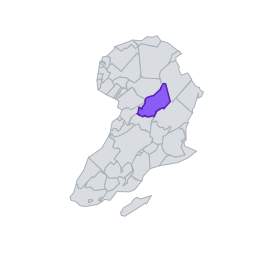 Africa, with Chad highlighted, rotated 42°
{"feature_id": "TCD", "entity_name": "Chad", "entity_type": "country or territory", "adm_level": 0, "iso_a3": "TCD", "parent_name": "Africa", "parent_adm1": "", "projection": "equal_earth", "projection_center": [18.978, 15.46], "detail": "fine", "context": "in_parent", "style": "filled", "palette": "violet", "viewbox_px": 256, "rotation_deg": 42, "n_neighbors": 49, "source": "natural_earth", "source_scale": "50m", "svg_char_len": 12622}
<svg xmlns="http://www.w3.org/2000/svg" viewBox="0 0 256 256"><g transform="rotate(42 128 128)"><path d="M161.4,133.5L171.7,143.3L171.5,153.3L173.6,158.1L172.0,159.7L162.4,161.3L160.9,155.8L155.1,153.0L152.9,148.2L152.4,142.9L155.2,139.9L154.5,134.0L161.4,133.5Z" fill="#d9dde1" stroke="#a8b0b8" stroke-width="1"/><path d="M80.9,60.2L80.6,63.9L74.5,63.8L74.0,70.2L72.2,70.5L71.7,75.4L63.8,76.3L72.8,59.5L80.9,60.2Z" fill="#d9dde1" stroke="#a8b0b8" stroke-width="1"/><path d="M152.4,142.9L155.1,153.0L151.1,153.5L150.4,162.0L152.8,163.0L152.9,165.8L148.0,161.5L138.3,160.2L137.5,150.2L134.3,149.3L132.2,152.0L129.2,152.3L127.0,146.5L118.9,146.3L121.6,142.9L123.6,144.1L126.3,140.3L129.5,132.1L131.3,119.9L133.1,117.7L138.8,120.4L145.2,117.1L148.6,117.2L150.6,119.7L153.1,118.9L156.0,125.2L153.5,129.4L152.4,142.9Z" fill="#d9dde1" stroke="#a8b0b8" stroke-width="1"/><path d="M176.4,135.4L175.2,123.7L177.4,119.8L182.9,117.8L188.3,109.9L180.2,106.8L177.9,103.2L179.0,100.9L182.0,103.5L194.4,99.4L192.7,109.7L188.4,119.9L176.4,135.4Z" fill="#d9dde1" stroke="#a8b0b8" stroke-width="1"/><path d="M171.7,143.3L161.4,133.5L163.6,126.0L161.5,119.8L164.0,116.5L169.6,121.5L176.9,120.7L175.2,123.7L176.4,135.4L171.7,143.3Z" fill="#d9dde1" stroke="#a8b0b8" stroke-width="1"/><path d="M143.0,109.3L141.5,108.2L140.9,107.4L141.0,104.5L137.9,97.9L139.9,89.9L141.6,90.1L141.4,78.8L143.6,78.8L143.5,73.7L166.0,73.7L167.5,82.3L169.3,83.9L166.4,86.6L165.6,95.4L161.8,103.0L161.4,108.1L158.8,98.8L156.2,105.2L153.6,103.9L151.6,106.3L147.3,106.1L144.0,104.0L141.7,108.3L143.0,109.3Z" fill="#d9dde1" stroke="#a8b0b8" stroke-width="1"/><path d="M127.3,204.7L128.2,203.5L131.2,205.9L133.8,204.5L133.9,195.3L135.7,200.4L137.0,200.2L140.2,196.5L144.6,197.1L151.9,188.5L155.2,188.9L156.4,194.3L156.1,198.0L154.6,197.7L153.9,200.2L154.9,201.5L157.9,200.2L156.5,205.2L148.8,214.9L144.4,217.8L138.6,217.6L134.1,219.8L131.1,218.2L130.8,212.3L127.3,204.7ZM150.5,205.7L148.9,205.4L146.8,207.9L148.8,209.6L150.5,205.7Z" fill="#d9dde1" stroke="#a8b0b8" stroke-width="1"/><path d="M150.5,205.7L148.8,209.6L146.8,207.9L148.9,205.4L150.5,205.7Z" fill="#d9dde1" stroke="#a8b0b8" stroke-width="1"/><path d="M155.2,188.9L149.3,187.0L144.2,177.4L147.6,177.9L153.9,171.7L158.8,174.8L158.1,184.0L155.2,188.9Z" fill="#d9dde1" stroke="#a8b0b8" stroke-width="1"/><path d="M151.9,188.5L144.6,197.1L140.2,196.5L137.0,200.2L135.7,200.4L133.9,195.3L133.9,187.9L135.7,187.8L135.8,178.7L144.2,177.4L149.3,187.0L151.9,188.5Z" fill="#d9dde1" stroke="#a8b0b8" stroke-width="1"/><path d="M133.9,187.9L133.8,204.5L131.2,205.9L128.2,203.5L127.3,204.7L125.2,201.1L123.2,188.6L118.3,176.3L143.8,177.0L135.8,178.7L135.7,187.8L133.9,187.9Z" fill="#d9dde1" stroke="#a8b0b8" stroke-width="1"/><path d="M63.2,95.3L61.6,92.4L64.8,87.9L67.7,87.5L72.1,92.7L73.1,98.3L63.1,98.5L62.9,96.5L68.7,95.5L63.2,95.3Z" fill="#d9dde1" stroke="#a8b0b8" stroke-width="1"/><path d="M73.1,98.3L72.1,92.7L73.2,90.7L85.0,90.4L84.6,66.3L87.4,66.2L102.0,79.6L102.0,81.2L104.1,81.0L102.6,90.2L93.5,91.7L87.7,95.6L84.8,103.7L79.7,104.1L77.7,98.7L75.7,99.9L73.1,98.3Z" fill="#d9dde1" stroke="#a8b0b8" stroke-width="1"/><path d="M63.8,76.3L71.7,75.4L72.2,70.5L74.0,70.2L74.5,63.8L80.6,63.9L80.9,60.2L87.4,66.2L84.6,66.3L85.0,90.4L73.2,90.7L72.1,92.7L67.7,87.5L64.0,88.7L65.1,78.6L63.8,76.3Z" fill="#d9dde1" stroke="#a8b0b8" stroke-width="1"/><path d="M100.3,114.5L98.7,114.8L98.4,107.0L96.8,103.5L100.9,98.8L102.7,102.8L100.5,108.6L100.3,114.5Z" fill="#d9dde1" stroke="#a8b0b8" stroke-width="1"/><path d="M124.4,71.5L126.3,77.8L125.0,87.5L121.7,93.3L123.7,96.0L122.9,98.2L120.8,95.3L112.9,97.3L106.0,94.6L103.4,95.5L102.3,100.4L97.4,97.2L96.3,91.8L102.6,90.2L104.1,81.0L119.0,70.0L123.0,72.5L124.4,71.5Z" fill="#d9dde1" stroke="#a8b0b8" stroke-width="1"/><path d="M100.3,114.5L103.9,94.9L112.9,97.3L120.8,95.3L123.6,99.2L118.0,112.6L113.1,114.0L111.7,118.4L106.6,119.8L103.5,114.5L100.3,114.5Z" fill="#d9dde1" stroke="#a8b0b8" stroke-width="1"/><path d="M123.5,97.2L125.3,104.7L122.4,105.9L125.2,110.7L123.3,118.5L126.2,126.4L113.9,125.0L111.6,119.1L112.2,116.6L114.9,112.5L118.0,112.6L123.5,97.2Z" fill="#d9dde1" stroke="#a8b0b8" stroke-width="1"/><path d="M97.0,102.1L98.7,114.8L97.1,115.4L95.2,102.8L97.0,102.1Z" fill="#d9dde1" stroke="#a8b0b8" stroke-width="1"/><path d="M95.4,102.0L97.1,115.4L89.5,117.8L89.6,102.2L95.4,102.0Z" fill="#d9dde1" stroke="#a8b0b8" stroke-width="1"/><path d="M79.7,104.1L83.2,103.3L89.7,105.6L89.5,117.8L79.9,119.5L80.3,116.0L78.3,114.0L79.7,104.1Z" fill="#d9dde1" stroke="#a8b0b8" stroke-width="1"/><path d="M68.9,97.9L75.7,99.9L77.7,98.7L79.7,104.1L79.0,110.8L77.2,111.7L76.2,108.5L74.7,109.0L73.6,104.6L69.4,107.6L65.9,102.0L68.9,97.9Z" fill="#d9dde1" stroke="#a8b0b8" stroke-width="1"/><path d="M63.1,98.5L68.9,97.9L68.7,100.0L65.9,102.0L63.1,98.5Z" fill="#d9dde1" stroke="#a8b0b8" stroke-width="1"/><path d="M78.7,110.8L78.3,114.0L80.3,116.0L79.9,119.5L72.8,113.1L75.2,108.9L77.2,111.7L78.7,110.8Z" fill="#d9dde1" stroke="#a8b0b8" stroke-width="1"/><path d="M69.4,107.6L73.6,104.6L75.2,108.9L72.8,113.1L69.4,107.6Z" fill="#d9dde1" stroke="#a8b0b8" stroke-width="1"/><path d="M84.8,103.7L87.2,96.3L93.5,91.7L96.3,91.8L97.4,97.2L99.6,97.8L97.0,102.1L89.6,102.2L89.7,105.6L84.8,103.7Z" fill="#d9dde1" stroke="#a8b0b8" stroke-width="1"/><path d="M148.6,117.2L142.8,117.5L138.8,120.4L133.1,117.7L131.1,121.8L128.5,121.2L126.3,125.0L123.3,116.6L124.9,111.4L130.2,110.2L139.7,101.7L140.9,107.4L148.6,117.2Z" fill="#d9dde1" stroke="#a8b0b8" stroke-width="1"/><path d="M131.1,121.8L129.5,132.1L126.3,140.3L123.6,144.1L119.7,142.7L118.3,144.3L116.7,141.5L118.2,140.0L117.5,138.3L119.6,136.1L122.4,137.5L123.2,134.5L122.1,130.9L122.9,127.8L121.0,127.5L120.6,125.0L126.2,126.4L128.5,121.2L131.1,121.8Z" fill="#d9dde1" stroke="#a8b0b8" stroke-width="1"/><path d="M117.1,125.0L120.3,124.9L121.0,127.5L122.9,127.8L122.1,130.9L123.2,134.5L122.4,137.5L119.6,136.1L117.5,138.3L118.2,140.0L116.7,141.5L112.2,133.9L113.6,128.3L117.1,128.2L117.1,125.0Z" fill="#d9dde1" stroke="#a8b0b8" stroke-width="1"/><path d="M113.9,125.0L117.1,125.0L117.1,128.2L113.6,128.3L113.9,125.0Z" fill="#d9dde1" stroke="#a8b0b8" stroke-width="1"/><path d="M155.1,153.0L159.9,156.5L158.6,167.0L159.6,167.7L153.7,169.8L153.9,171.7L147.6,177.9L140.3,176.9L137.7,173.1L137.9,164.9L141.9,164.9L141.7,159.7L148.0,161.5L152.9,165.8L152.8,163.0L150.4,162.0L150.6,155.1L151.7,153.1L155.1,153.0Z" fill="#d9dde1" stroke="#a8b0b8" stroke-width="1"/><path d="M159.0,155.3L161.9,157.7L162.3,166.7L164.4,169.3L162.9,175.0L162.0,169.3L158.6,167.0L160.3,158.7L159.0,155.3Z" fill="#d9dde1" stroke="#a8b0b8" stroke-width="1"/><path d="M162.4,161.3L168.0,161.4L173.6,158.1L174.2,169.5L171.4,174.8L162.2,182.7L163.1,193.7L158.4,196.7L157.9,200.2L156.5,200.2L155.2,188.9L158.1,184.0L158.8,174.8L154.0,172.6L153.7,169.8L159.6,167.7L162.0,169.3L162.9,175.0L164.4,169.3L162.3,166.7L162.4,161.3Z" fill="#d9dde1" stroke="#a8b0b8" stroke-width="1"/><path d="M156.5,200.2L154.9,201.5L153.9,200.2L154.6,197.7L156.5,200.2Z" fill="#d9dde1" stroke="#a8b0b8" stroke-width="1"/><path d="M118.3,144.3L119.7,144.2L118.9,146.3L118.3,144.3ZM119.1,147.1L127.0,146.5L129.2,152.3L132.2,152.0L134.3,149.3L137.5,150.2L138.3,160.2L141.9,160.6L141.9,164.9L137.9,164.9L137.7,173.1L140.3,176.9L118.3,176.3L122.0,160.7L119.1,147.1Z" fill="#d9dde1" stroke="#a8b0b8" stroke-width="1"/><path d="M154.6,137.4L155.2,139.9L152.4,142.9L151.8,138.5L154.6,137.4Z" fill="#d9dde1" stroke="#a8b0b8" stroke-width="1"/><path d="M190.7,162.6L192.5,172.2L191.2,172.2L184.7,195.7L181.5,197.4L179.0,195.8L178.1,190.3L180.7,181.8L180.0,176.6L181.1,173.5L184.7,172.4L190.7,162.6Z" fill="#d9dde1" stroke="#a8b0b8" stroke-width="1"/><path d="M62.9,96.5L66.4,94.6L68.7,95.5L62.9,96.5Z" fill="#d9dde1" stroke="#a8b0b8" stroke-width="1"/><path d="M114.8,53.0L111.6,43.9L113.5,37.2L115.4,36.2L116.6,37.7L118.1,36.8L116.3,43.3L118.6,46.2L114.8,53.0Z" fill="#d9dde1" stroke="#a8b0b8" stroke-width="1"/><path d="M80.9,60.2L81.2,56.6L95.4,48.3L94.4,41.3L96.2,40.1L101.1,38.0L113.5,37.2L111.6,43.9L114.1,48.7L115.3,55.2L114.2,63.4L115.9,67.7L119.0,70.0L106.8,79.8L102.0,81.2L102.0,79.6L80.9,60.2Z" fill="#d9dde1" stroke="#a8b0b8" stroke-width="1"/><path d="M165.8,93.2L166.4,86.6L169.3,83.9L171.1,89.3L178.8,97.6L177.4,98.1L172.7,92.9L165.8,93.2Z" fill="#d9dde1" stroke="#a8b0b8" stroke-width="1"/><path d="M72.8,59.5L79.8,53.9L81.0,47.6L85.7,43.9L87.8,40.0L94.4,41.3L95.4,48.3L81.2,56.6L81.0,59.5L72.8,59.5Z" fill="#d9dde1" stroke="#a8b0b8" stroke-width="1"/><path d="M166.0,73.7L143.5,73.7L143.4,50.0L150.3,51.7L154.0,50.0L155.8,51.5L160.0,50.8L161.4,55.0L160.2,59.1L156.6,54.4L163.5,68.8L163.3,70.9L166.0,73.7Z" fill="#d9dde1" stroke="#a8b0b8" stroke-width="1"/><path d="M142.9,49.2L143.6,78.8L141.4,79.9L126.3,70.1L123.0,72.5L115.9,67.7L114.2,63.4L115.7,50.4L118.6,46.2L125.4,48.3L126.2,50.4L132.3,53.1L135.5,47.2L142.9,49.2Z" fill="#d9dde1" stroke="#a8b0b8" stroke-width="1"/><path d="M188.3,109.9L182.9,117.8L172.4,122.0L165.7,119.3L159.4,110.5L165.8,93.2L168.1,93.7L168.6,91.8L175.9,95.7L177.4,98.1L176.4,101.9L178.3,102.3L180.2,106.8L188.3,109.9Z" fill="#d9dde1" stroke="#a8b0b8" stroke-width="1"/><path d="M177.4,98.1L179.3,98.4L178.3,102.3L176.4,101.9L177.4,98.1Z" fill="#d9dde1" stroke="#a8b0b8" stroke-width="1"/><path d="M161.4,133.5L152.9,134.5L156.1,121.0L161.5,119.8L162.5,121.6L163.6,126.0L161.4,133.5Z" fill="#d9dde1" stroke="#a8b0b8" stroke-width="1"/><path d="M154.5,134.0L155.2,137.0L151.8,138.5L152.3,135.3L154.5,134.0Z" fill="#d9dde1" stroke="#a8b0b8" stroke-width="1"/><path d="M155.3,121.7L153.1,118.9L149.7,119.4L141.7,108.3L145.4,103.6L147.3,106.1L151.6,106.3L153.6,103.9L156.2,105.2L158.2,101.9L157.5,99.5L159.7,99.0L161.4,108.1L159.4,110.5L164.0,116.5L160.3,121.0L155.3,121.7Z" fill="#d9dde1" stroke="#a8b0b8" stroke-width="1"/><path d="M141.7,80.1L141.7,81.2L141.7,82.4L141.7,83.5L141.7,84.7L141.7,85.8L141.7,87.0L141.8,88.1L141.8,89.3L141.8,89.6L141.7,89.8L141.2,89.7L140.8,89.8L140.3,89.9L140.1,89.8L139.9,90.0L139.8,90.3L139.8,90.9L139.8,91.0L139.6,91.4L139.5,91.5L139.4,91.7L139.3,91.9L139.3,92.0L139.3,92.4L139.2,92.5L138.9,92.6L138.7,92.8L138.8,93.1L138.8,93.4L138.8,93.5L139.0,93.7L139.0,93.8L138.7,94.1L138.5,94.3L138.3,94.5L138.2,94.6L138.2,94.8L138.2,95.0L138.3,95.2L138.4,95.5L138.4,95.8L138.4,96.0L138.3,96.3L138.0,96.6L137.8,96.9L137.7,97.2L137.7,97.4L137.7,97.5L137.8,97.6L138.0,97.7L138.4,97.6L138.7,97.7L138.8,98.0L138.8,98.3L138.8,98.7L138.9,99.1L138.9,99.3L139.1,99.4L139.1,99.5L139.1,100.3L139.2,100.6L139.4,100.8L139.5,100.9L139.5,101.0L139.8,101.2L139.8,101.4L139.8,101.6L139.7,102.0L139.7,102.3L139.4,102.2L139.2,102.1L138.7,102.2L138.5,102.4L138.4,102.5L138.2,102.5L137.9,102.8L137.6,103.0L137.4,103.2L137.4,103.3L137.5,103.5L137.4,103.9L137.3,104.1L137.2,104.1L136.8,104.7L136.8,104.8L136.6,104.8L136.1,105.4L136.0,105.6L135.9,105.9L135.6,106.2L135.4,106.4L135.4,106.5L135.2,106.6L134.8,107.0L134.3,107.0L134.0,107.1L133.8,107.2L133.5,107.3L133.4,107.2L133.0,107.3L132.5,107.3L132.3,107.3L132.1,107.5L131.9,107.6L132.0,107.7L132.3,108.1L132.3,108.4L132.2,108.5L132.0,108.9L131.7,109.3L131.5,109.5L131.4,109.8L131.1,109.8L130.7,109.9L130.1,110.0L129.8,110.0L129.6,110.0L129.2,110.2L128.8,110.4L128.5,110.7L128.4,110.8L128.1,110.9L127.9,111.1L127.6,110.8L127.5,110.6L127.4,110.4L127.2,110.4L127.1,110.5L127.1,110.8L126.7,110.9L126.4,111.1L126.0,111.3L125.8,111.3L125.5,111.2L125.3,111.2L125.5,110.8L125.5,110.6L125.3,110.4L125.1,109.7L124.9,109.1L124.6,108.5L124.3,108.1L124.1,107.8L124.0,107.7L123.9,107.7L123.5,107.2L123.1,106.8L123.0,106.6L122.8,106.2L122.6,105.9L122.4,105.5L122.6,105.3L122.7,104.9L122.9,104.7L123.2,104.7L123.6,104.8L124.1,104.8L124.5,104.8L124.7,104.7L124.8,104.7L125.0,104.8L125.5,104.8L125.7,104.7L125.4,104.5L125.2,104.1L124.9,103.8L124.8,103.4L124.7,103.0L124.6,102.5L124.5,101.8L124.5,101.4L124.5,101.1L124.7,100.7L124.6,100.4L124.6,100.2L124.6,99.9L124.5,99.7L124.4,99.2L124.2,98.8L124.1,98.2L124.0,97.8L123.7,97.6L123.6,97.3L123.5,96.9L123.4,96.8L123.0,96.7L122.6,96.7L122.4,96.2L122.1,95.6L121.8,95.0L121.6,93.9L121.5,93.3L121.6,93.1L121.9,92.6L122.2,91.8L122.9,90.4L123.3,89.7L124.0,88.7L124.9,87.4L125.4,86.7L125.5,85.4L125.6,84.1L125.7,83.1L125.8,81.8L125.8,80.8L125.9,80.1L126.0,79.0L126.0,78.8L126.4,78.0L126.4,77.9L125.9,77.1L125.7,76.9L125.6,76.6L125.8,76.4L125.2,75.2L125.0,74.9L125.0,74.7L124.9,73.9L124.8,72.7L124.6,71.2L125.3,70.8L125.8,70.5L126.5,70.1L127.1,70.5L128.0,71.1L128.9,71.7L129.8,72.3L130.7,72.9L131.6,73.5L132.5,74.1L133.4,74.7L134.4,75.3L135.3,75.9L136.2,76.5L137.1,77.1L138.0,77.7L138.9,78.3L139.8,78.9L140.8,79.5L141.7,80.1Z" fill="#8b5cf6" stroke="#5b21b6" stroke-width="1.5"/></g></svg>